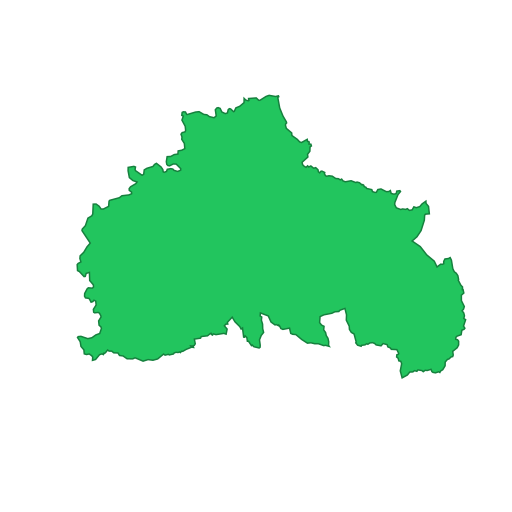 the district of Totatiche, Jalisco, Mexico, rotated 256°
{"feature_id": "50627088B28012319931887", "entity_name": "Totatiche", "entity_type": "district", "adm_level": 2, "iso_a3": "MEX", "parent_name": "Mexico", "parent_adm1": "Jalisco", "projection": "orthographic", "projection_center": [-103.496, 21.965], "detail": "fine", "context": "isolated", "style": "filled", "palette": "green", "viewbox_px": 512, "rotation_deg": 256, "n_neighbors": 0, "source": "geoboundaries", "source_scale": "gbopen_adm2", "svg_char_len": 6093}
<svg xmlns="http://www.w3.org/2000/svg" viewBox="0 0 512 512"><g transform="rotate(256 256 256)"><path d="M290.9,80.4L285.0,79.3L283.6,80.9L277.6,84.2L277.5,85.4L280.2,87.0L280.4,90.4L272.4,88.7L267.4,91.2L265.1,90.8L264.4,89.4L265.7,85.6L265.0,84.2L261.1,80.7L258.5,79.9L256.6,80.4L255.4,83.4L254.5,84.0L251.1,84.8L251.2,86.6L252.3,88.1L251.0,89.6L247.1,89.0L243.6,85.3L240.7,84.9L239.9,85.7L239.4,89.3L238.3,90.3L235.5,91.0L234.2,90.8L231.1,87.6L226.8,87.0L224.7,88.4L223.1,88.5L218.6,85.6L218.2,81.6L216.4,77.0L216.5,72.8L220.4,66.7L220.8,64.0L220.1,63.1L215.4,64.7L210.6,64.3L206.6,66.3L202.6,65.7L201.4,67.7L201.3,70.5L198.9,72.5L197.4,73.1L194.3,72.1L194.4,75.3L198.1,80.3L198.3,82.9L197.3,84.0L198.5,84.9L198.1,85.4L198.7,86.7L200.7,89.3L199.3,90.4L198.6,93.0L196.5,94.5L195.3,98.6L192.5,99.5L191.2,102.8L187.5,106.0L186.0,111.5L186.5,114.0L181.3,121.0L181.6,126.2L179.8,130.8L179.9,135.7L183.2,142.6L181.8,143.8L181.8,147.2L181.0,147.9L180.9,152.2L181.8,153.3L181.9,155.2L181.2,157.0L181.4,158.7L180.6,159.2L181.6,160.9L181.2,161.8L182.3,165.7L183.1,171.5L182.4,173.3L183.6,173.1L183.7,171.2L184.6,170.9L184.0,172.4L184.2,174.5L185.5,175.8L190.3,176.1L189.7,182.3L191.1,183.4L190.3,189.7L191.9,193.0L191.8,193.8L190.7,193.7L189.8,194.7L190.8,195.7L189.4,198.1L188.7,206.1L187.4,208.1L192.1,210.3L195.9,208.4L197.2,210.3L196.8,212.1L198.6,212.2L202.4,218.1L197.2,219.7L191.4,223.2L188.7,223.9L189.4,225.5L180.3,224.4L180.0,225.2L181.1,226.1L179.0,227.4L175.4,227.0L175.1,228.1L170.2,229.9L170.6,230.7L168.5,232.0L166.0,236.8L166.5,237.9L168.5,238.5L173.8,239.1L177.7,241.9L180.0,244.9L183.7,244.9L188.3,245.9L192.4,245.7L195.4,246.8L196.8,245.5L199.7,246.5L194.9,253.4L188.3,254.6L184.5,257.8L184.6,259.0L182.9,261.0L183.5,261.2L183.0,261.8L179.6,262.6L178.3,264.3L177.9,271.1L172.5,271.0L171.2,272.6L170.1,275.7L164.0,280.1L159.0,284.8L158.5,288.3L156.7,291.7L155.8,295.3L152.7,300.0L152.5,301.9L150.6,305.2L151.8,304.8L155.2,305.8L158.8,305.9L161.8,304.9L164.9,305.0L168.0,303.8L171.3,305.0L173.1,302.9L176.0,301.6L181.7,303.5L182.5,307.6L182.1,315.8L182.8,319.0L182.1,322.9L183.1,324.4L183.6,329.6L177.0,329.6L171.9,328.1L165.4,329.5L162.2,328.9L158.8,330.0L156.6,332.3L148.3,332.4L147.6,331.8L144.9,333.0L143.0,336.2L143.8,336.8L143.4,340.3L144.1,342.2L143.3,343.2L144.1,345.4L143.7,348.2L142.4,350.0L140.7,351.0L138.6,355.6L140.3,358.1L138.3,361.8L136.0,361.9L134.3,364.1L132.7,364.7L131.1,370.0L127.0,370.9L126.2,370.3L126.1,368.8L124.0,368.0L122.4,369.2L119.7,369.2L118.8,371.0L116.3,371.3L109.6,368.2L102.4,368.3L103.9,374.1L106.2,377.1L105.6,380.2L106.4,382.1L105.2,384.2L106.3,385.6L104.7,389.3L103.3,390.3L104.2,392.5L103.5,394.4L103.7,398.4L101.3,398.7L100.3,399.5L99.2,401.9L99.5,405.1L98.5,406.2L99.7,407.2L100.5,409.7L103.7,412.9L107.3,413.9L109.4,416.8L109.4,418.3L110.9,421.0L110.8,422.5L112.2,423.4L115.9,423.8L118.3,429.0L120.7,431.1L124.3,432.0L126.0,431.3L126.9,429.6L128.7,430.2L129.6,431.7L130.0,436.0L134.2,437.8L134.5,440.1L135.4,441.2L137.8,440.4L143.5,444.0L145.1,442.5L147.5,443.8L150.5,443.8L153.0,442.7L154.2,444.5L156.6,445.9L163.0,444.5L168.3,445.8L169.8,448.7L173.4,448.8L173.5,448.1L176.0,448.9L178.1,447.7L183.5,446.4L184.2,446.9L188.1,447.1L190.9,446.1L192.7,444.6L196.0,443.9L204.7,444.6L207.5,444.0L207.0,442.2L207.4,438.6L205.3,436.8L203.1,436.3L202.8,434.8L203.4,433.3L201.6,429.0L207.9,427.7L215.8,421.9L225.3,417.7L232.8,411.1L235.7,416.8L240.7,422.3L250.0,428.0L254.8,429.5L255.6,430.6L255.0,434.4L262.4,435.4L265.9,433.7L268.1,434.1L266.3,429.6L264.3,426.9L264.1,423.2L265.5,421.1L263.0,418.7L263.1,415.9L265.3,414.3L265.0,412.5L266.2,409.6L266.1,407.7L268.8,403.8L272.2,403.0L274.2,403.6L281.2,408.6L283.6,411.8L284.6,411.4L284.9,408.3L282.6,407.1L282.6,404.8L284.0,402.3L287.0,402.2L286.4,400.5L286.9,398.0L290.8,393.5L291.0,390.3L288.6,388.1L289.0,386.6L290.3,384.6L292.4,384.4L294.8,379.6L296.1,379.3L297.1,377.8L298.5,377.7L299.5,376.9L299.3,376.1L302.1,374.1L303.3,371.9L303.1,370.6L306.0,366.5L306.4,360.6L307.8,358.6L309.9,357.7L309.5,356.2L311.1,354.6L311.9,352.1L315.0,349.3L316.2,346.2L316.3,343.8L317.2,342.8L319.3,342.3L320.4,342.9L322.4,340.5L322.5,339.5L321.3,337.9L322.6,336.9L324.7,337.0L327.3,335.3L327.2,333.2L330.1,331.0L329.6,328.7L331.0,327.9L329.9,326.0L331.6,324.3L333.4,323.3L335.8,323.4L339.5,330.3L342.2,330.6L344.6,333.6L348.7,334.8L349.4,336.4L351.2,336.3L351.8,334.5L353.4,335.1L354.2,335.0L354.7,333.7L356.8,333.9L355.1,327.6L356.1,326.0L359.3,324.2L364.2,320.0L366.8,320.4L372.5,316.3L375.6,316.2L377.1,316.8L377.7,317.9L378.8,317.9L385.4,316.0L393.9,314.8L404.6,315.5L405.0,316.6L406.0,316.5L406.0,313.6L408.7,307.6L408.4,304.4L406.1,297.4L406.4,296.3L409.3,294.5L410.6,286.9L408.6,286.7L408.5,285.9L409.8,283.8L411.8,282.6L407.7,281.5L405.2,276.4L404.6,272.3L401.6,269.9L401.5,269.1L404.8,267.0L405.4,265.8L404.8,264.5L401.7,262.9L401.6,260.6L404.0,257.7L407.9,256.9L409.1,255.2L409.1,253.8L407.7,251.9L401.6,251.3L400.3,248.8L402.5,244.5L404.9,242.5L406.0,239.6L409.8,235.7L410.3,232.1L409.9,223.6L410.1,223.0L412.8,222.4L413.5,220.4L413.2,219.1L410.4,218.0L409.3,219.3L405.8,217.0L399.0,218.7L394.8,218.1L393.6,217.1L393.6,214.2L392.3,212.7L389.4,213.0L387.2,212.2L382.6,213.7L377.4,212.9L376.6,209.6L376.8,205.9L373.8,204.9L374.2,201.2L373.2,197.4L373.9,193.8L369.2,191.8L366.5,191.6L365.1,192.4L364.4,193.9L365.3,198.0L364.5,200.8L359.0,204.1L357.5,203.7L357.0,200.6L357.4,199.7L359.0,197.1L360.5,196.3L361.4,194.3L361.6,190.9L359.7,189.6L359.4,187.2L360.2,186.3L362.4,186.5L365.4,185.4L370.0,181.8L369.4,179.7L367.8,177.7L367.5,171.4L366.6,168.4L362.5,166.8L361.9,165.0L368.0,159.7L369.3,159.6L371.5,160.6L372.5,159.2L372.9,153.4L369.6,152.5L362.7,152.1L359.0,154.8L356.6,158.5L355.3,157.0L353.5,151.0L352.0,149.2L350.3,148.9L348.2,150.7L346.5,150.4L346.0,147.4L346.9,140.5L345.6,137.5L345.4,127.6L344.8,126.7L339.8,125.0L338.5,119.3L339.0,117.1L342.3,115.8L345.1,113.4L345.7,110.6L336.3,107.8L334.7,106.4L333.4,102.1L326.7,97.8L324.1,93.9L322.7,93.3L308.6,98.3L305.9,94.4L301.3,89.8L298.7,85.4L296.1,84.5L292.6,84.7L291.8,81.6L290.9,80.4Z" fill="#22c55e" stroke="#15803d" stroke-width="1.5"/></g></svg>